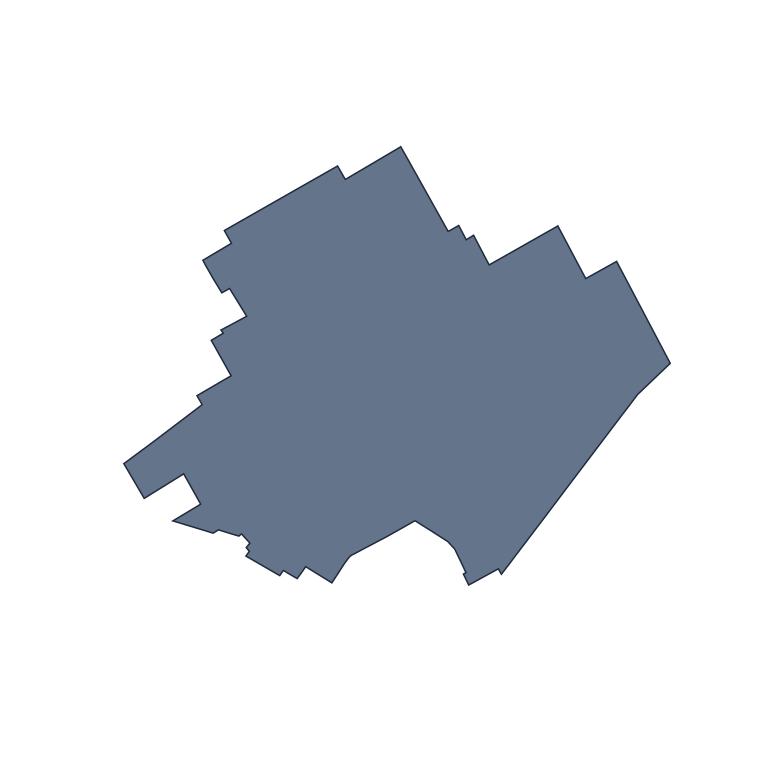 Guasayán, Santiago del Estero, Argentina (Robinson projection), rotated 229°
{"feature_id": "61730980B4030066976433", "entity_name": "Guasayán", "entity_type": "district", "adm_level": 2, "iso_a3": "ARG", "parent_name": "Argentina", "parent_adm1": "Santiago del Estero", "projection": "robinson", "projection_center": [-64.92, -27.96], "detail": "fine", "context": "isolated", "style": "filled", "palette": "slate", "viewbox_px": 768, "rotation_deg": 229, "n_neighbors": 0, "source": "geoboundaries", "source_scale": "gbopen_adm2", "svg_char_len": 1695}
<svg xmlns="http://www.w3.org/2000/svg" viewBox="0 0 768 768"><g transform="rotate(229 384 384)"><path d="M552.1,552.3L552.1,552.1L561.1,503.3L563.8,489.0L564.0,489.0L579.0,492.0L588.1,446.7L597.0,402.3L604.6,364.2L590.3,361.2L596.2,328.5L590.7,327.2L575.6,324.2L559.2,321.4L557.4,330.1L525.2,324.8L531.7,296.4L527.8,296.0L530.3,282.3L490.5,274.0L492.5,263.8L497.9,235.2L487.7,233.2L491.8,170.9L494.6,135.4L455.0,128.0L447.6,173.9L413.6,166.8L419.2,134.8L394.7,150.2L383.5,157.2L383.5,157.4L382.6,163.1L382.6,163.3L373.9,168.7L364.4,174.7L364.4,177.9L364.4,178.0L364.2,178.1L351.9,178.4L351.8,177.7L350.9,172.7L346.1,172.6L344.7,166.9L329.0,172.3L307.8,179.6L309.3,185.7L309.2,185.8L308.8,185.9L307.1,186.5L305.4,187.0L300.3,188.7L294.1,190.8L295.6,197.5L297.5,205.1L292.1,206.7L288.4,207.9L285.6,208.7L281.0,210.2L277.0,211.4L274.5,212.2L268.1,214.2L269.6,219.4L271.4,225.9L273.0,231.3L274.7,237.3L276.1,244.1L276.2,245.6L276.0,247.5L274.9,252.0L273.6,257.7L273.1,259.9L266.9,286.2L265.7,292.2L264.2,299.3L260.5,317.7L260.2,317.8L251.7,320.3L243.6,322.8L233.7,325.7L224.9,328.3L223.6,328.7L222.1,328.8L213.0,329.1L206.2,327.2L199.9,325.5L187.8,322.1L188.5,319.3L187.2,318.9L183.5,317.9L176.7,316.0L170.8,343.1L169.9,347.1L169.5,349.0L165.0,348.1L163.4,347.8L166.3,362.1L167.3,366.6L168.6,372.7L169.0,375.0L169.6,377.5L171.7,387.8L172.7,392.5L177.7,416.5L184.7,449.4L204.4,543.0L206.5,553.4L207.5,558.1L209.7,568.5L211.2,600.7L211.8,613.6L218.1,615.1L323.5,639.9L323.9,640.0L324.0,639.5L331.2,605.5L331.2,605.4L389.3,618.9L389.3,618.5L404.9,541.5L415.6,544.0L437.5,549.2L438.9,540.7L454.6,544.4L457.0,532.5L536.9,549.2L552.1,552.3Z" fill="#64748b" stroke="#1e293b" stroke-width="1.5"/></g></svg>